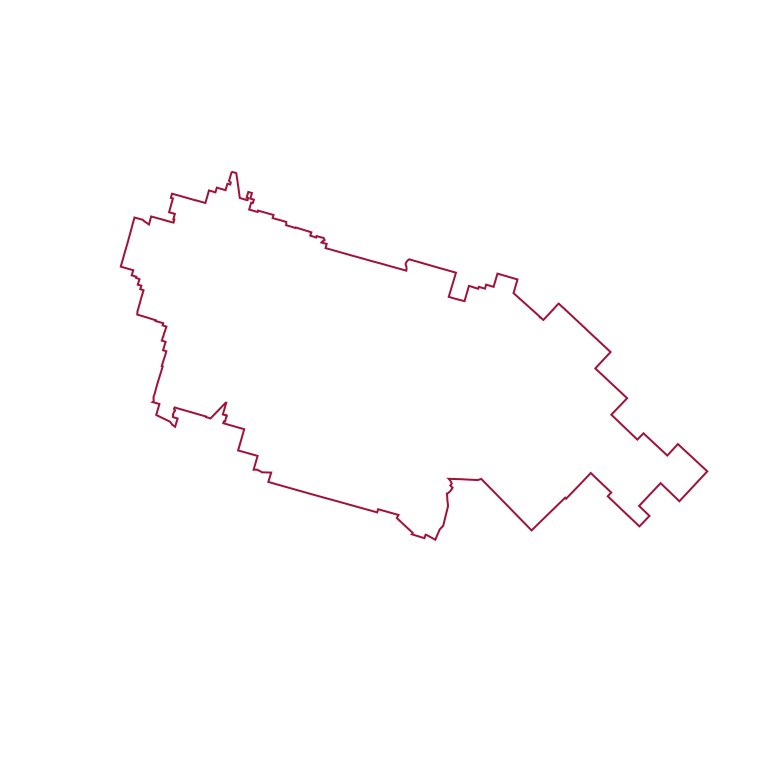 York, Western Australia, Australia, rotated 223°
{"feature_id": "25037944B97234562917936", "entity_name": "York", "entity_type": "district", "adm_level": 2, "iso_a3": "AUS", "parent_name": "Australia", "parent_adm1": "Western Australia", "projection": "mercator", "projection_center": [116.796, -31.917], "detail": "fine", "context": "isolated", "style": "outline", "palette": "rose", "viewbox_px": 768, "rotation_deg": 223, "n_neighbors": 0, "source": "geoboundaries", "source_scale": "gbopen_adm2", "svg_char_len": 5607}
<svg xmlns="http://www.w3.org/2000/svg" viewBox="0 0 768 768"><g transform="rotate(223 384 384)"><path d="M88.0,540.6L128.1,540.5L128.0,524.9L160.6,524.9L160.8,516.1L196.8,516.6L196.5,539.4L234.7,539.5L240.0,539.4L240.1,539.7L240.1,561.9L273.2,561.9L274.1,562.0L274.5,561.9L275.3,562.0L276.9,562.0L277.3,562.0L277.7,561.9L279.6,561.9L280.7,562.0L281.2,562.0L281.5,562.0L283.5,561.9L284.2,562.0L285.7,562.0L286.6,562.0L287.1,562.0L289.0,561.9L289.3,562.0L290.0,562.0L290.7,562.0L291.2,562.0L291.7,562.0L292.5,562.0L293.3,562.0L294.6,562.0L295.2,562.0L295.5,562.0L296.2,562.0L296.7,562.0L297.2,561.9L297.4,561.9L298.0,562.0L298.7,562.0L299.0,562.0L299.3,562.0L300.3,562.0L301.0,561.9L301.0,562.0L302.0,562.0L303.4,562.0L303.6,562.0L305.1,562.0L305.7,562.0L306.2,561.9L306.7,561.9L307.2,562.0L307.6,561.9L307.8,561.9L308.1,562.0L308.6,562.0L308.8,562.0L309.0,561.9L311.1,562.0L311.2,561.9L311.1,554.2L311.1,539.6L311.5,539.5L311.9,539.4L312.4,539.5L312.7,539.5L313.2,539.5L313.7,539.5L314.0,539.4L314.9,539.3L315.1,539.2L315.1,539.5L351.3,538.8L351.4,539.1L357.6,551.4L357.7,551.5L369.4,545.6L376.3,542.1L370.1,529.8L370.7,529.5L377.1,526.3L375.2,522.6L380.9,519.7L380.4,518.6L380.1,517.9L384.7,515.6L384.8,515.7L388.8,513.7L381.6,499.5L384.6,497.9L388.4,495.8L396.1,491.9L400.2,500.2L407.3,514.5L424.8,505.5L447.6,493.9L450.1,492.6L450.6,492.4L450.9,490.8L450.8,489.0L450.5,487.4L450.0,486.4L449.9,486.3L449.6,486.1L448.6,485.5L447.3,484.8L446.7,484.3L445.9,483.4L445.2,482.4L445.0,482.1L463.5,472.5L470.9,468.7L472.1,468.0L476.6,465.6L480.0,463.9L494.0,456.6L516.6,445.0L519.4,443.5L521.5,447.4L524.7,445.6L526.2,444.8L526.2,445.0L526.4,446.1L525.7,447.7L525.6,448.8L527.8,449.6L528.7,449.1L534.2,446.2L533.6,445.1L533.5,444.9L534.0,444.7L534.3,444.5L535.0,444.2L536.0,443.7L536.7,443.4L538.4,442.5L538.8,442.3L538.9,442.2L539.1,442.2L540.6,445.4L550.9,440.4L551.0,440.4L554.7,438.6L555.3,438.3L555.3,438.2L555.2,437.8L555.2,437.7L563.9,433.4L564.0,433.8L566.1,435.9L569.4,434.1L569.6,434.1L578.6,429.4L580.1,432.3L582.7,430.9L594.4,424.9L593.8,423.6L601.6,419.6L604.8,426.1L603.3,426.9L604.9,430.1L608.2,428.4L610.8,433.6L614.2,431.9L611.6,426.7L610.2,427.4L609.2,425.4L611.3,424.2L612.8,423.5L615.3,422.2L616.3,421.7L617.2,422.4L618.1,423.1L619.5,424.3L621.6,426.0L622.4,426.6L624.6,428.5L627.3,430.6L628.4,431.5L629.6,432.5L630.3,433.1L631.4,434.0L631.9,434.3L632.4,434.7L633.9,435.9L635.5,437.2L635.7,437.4L635.9,437.5L640.0,435.4L640.2,435.6L636.3,427.7L636.0,426.9L633.5,426.9L632.5,425.0L635.1,423.7L632.1,417.7L640.2,413.6L638.0,409.2L644.0,406.2L638.1,394.6L639.2,394.0L641.7,392.7L646.8,390.1L646.8,389.9L654.9,385.8L662.5,381.9L668.8,378.6L666.8,374.7L664.9,375.7L658.3,363.0L653.0,365.8L650.4,360.8L649.5,361.3L648.0,358.5L655.2,354.6L655.3,354.7L668.6,347.7L668.1,346.9L667.7,346.1L666.6,344.0L665.5,342.0L664.7,340.3L666.8,340.1L669.0,339.7L670.2,339.6L670.8,339.5L671.1,339.5L672.3,339.5L672.7,339.5L672.8,339.4L680.0,335.6L679.3,334.2L677.8,331.3L676.8,329.3L675.8,327.5L675.2,326.4L671.3,319.0L670.2,316.9L669.9,316.2L669.3,315.2L669.1,314.9L663.7,304.2L661.4,299.7L660.5,298.1L656.6,290.3L645.5,295.9L645.0,296.2L642.6,291.4L638.4,293.5L638.0,292.6L637.9,292.5L637.5,292.6L634.8,293.8L634.3,293.9L631.8,288.7L628.5,290.4L626.9,287.1L623.8,288.6L623.7,288.5L619.3,279.4L619.1,279.3L613.8,268.9L611.8,266.5L602.9,270.9L594.3,275.0L594.0,274.3L586.9,277.9L585.9,275.9L582.3,277.6L582.1,277.0L581.9,276.7L581.1,275.0L580.2,273.2L579.8,272.2L579.8,271.9L578.0,268.6L578.0,268.1L576.1,264.2L572.5,265.9L568.6,258.0L565.5,259.5L563.5,255.5L560.7,249.5L558.8,245.6L557.9,246.0L557.5,245.2L555.5,241.2L550.8,231.4L550.4,230.6L547.7,225.3L545.2,220.7L543.6,217.2L540.6,214.2L540.9,213.0L534.6,216.2L529.5,206.0L529.4,206.0L514.8,210.5L511.1,209.8L507.6,210.2L507.8,210.7L511.4,218.0L515.4,216.0L515.9,215.9L516.5,217.0L517.2,217.2L517.5,218.0L518.0,218.6L518.1,219.5L518.5,220.2L518.6,220.7L518.5,221.3L518.6,222.0L518.8,222.3L520.0,222.3L520.6,222.6L520.9,223.3L521.1,224.1L520.6,224.3L504.7,232.4L491.9,238.9L491.6,238.4L487.4,240.5L487.0,262.4L486.6,262.7L482.7,255.1L482.6,254.7L481.1,251.8L480.7,252.0L478.8,253.0L478.8,252.9L477.4,253.6L477.5,253.7L477.4,253.7L476.7,252.3L476.7,252.0L474.8,248.4L475.4,248.1L475.6,247.3L474.8,245.7L455.4,255.6L452.3,249.5L450.4,245.8L445.4,235.9L427.4,245.2L420.9,232.4L418.2,235.0L417.2,235.0L416.6,235.3L415.7,235.7L413.0,236.2L406.1,242.3L401.8,233.5L395.7,236.6L374.3,247.6L360.7,254.6L359.8,255.1L354.9,257.6L336.4,267.3L319.8,275.9L301.4,285.5L302.9,288.4L284.1,298.1L283.2,294.7L261.4,294.7L261.1,293.7L261.1,293.1L249.3,298.8L250.8,302.2L250.1,302.6L240.2,305.1L241.3,308.0L241.7,308.9L242.1,310.1L243.6,314.4L244.1,315.4L244.0,316.6L244.1,318.0L244.0,319.3L244.1,320.7L244.2,321.0L244.4,321.5L244.8,322.1L246.1,324.4L246.5,325.1L250.1,331.6L253.0,336.8L253.6,337.9L253.7,338.1L253.8,338.3L254.0,338.5L256.3,340.5L256.7,340.8L256.8,340.9L257.0,341.1L257.3,341.3L257.5,341.5L257.8,341.7L258.2,342.1L258.5,342.3L259.1,343.0L261.9,345.6L262.1,345.8L262.7,346.3L263.1,346.6L262.9,346.7L262.4,351.0L263.1,354.9L266.3,355.0L266.6,357.4L267.2,357.7L269.3,358.4L270.0,358.7L270.7,358.7L270.9,358.7L271.0,358.7L271.4,358.7L271.6,358.7L271.9,358.8L272.0,358.8L263.2,366.5L250.0,377.6L248.1,380.9L224.7,379.9L221.1,379.7L220.1,379.7L219.3,379.6L216.7,379.5L210.1,379.2L202.1,378.8L176.2,377.6L175.6,391.1L174.0,424.4L172.6,424.3L172.2,444.8L172.1,459.9L143.8,459.6L143.8,454.5L116.0,454.2L100.1,454.1L99.9,468.6L114.3,468.8L114.2,480.5L114.1,500.1L99.6,499.9L88.0,499.7L88.0,513.1L88.0,516.4L88.0,540.6Z" fill="none" stroke="#9f1239" stroke-width="2"/></g></svg>